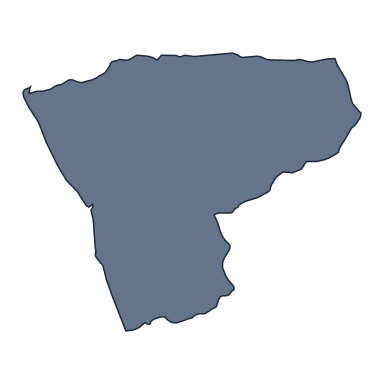 SVG path tracing the border of Zaire
{"feature_id": "AGO-1882", "entity_name": "Zaire", "entity_type": "Province", "adm_level": 1, "iso_a3": "AGO", "parent_name": "Angola", "parent_adm1": "", "projection": "robinson", "projection_center": [13.603, -6.817], "detail": "fine", "context": "isolated", "style": "filled", "palette": "slate", "viewbox_px": 384, "rotation_deg": 0, "n_neighbors": 0, "source": "natural_earth", "source_scale": "10m", "svg_char_len": 3043}
<svg xmlns="http://www.w3.org/2000/svg" viewBox="0 0 384 384"><path d="M232.5,53.1L237.3,54.8L240.3,56.7L242.2,57.5L257.1,56.2L260.0,56.6L267.4,59.6L269.9,59.9L283.0,60.2L294.4,60.5L300.1,59.4L308.0,61.6L311.9,62.1L327.9,58.8L334.9,58.6L337.1,64.7L346.3,80.3L348.0,85.0L351.0,98.7L352.5,103.5L358.5,110.7L361.0,113.1L360.2,117.5L355.6,124.6L354.9,125.3L351.9,127.8L351.3,128.5L345.8,137.9L345.5,138.6L340.5,146.4L339.1,149.6L338.4,152.1L336.6,153.6L328.8,158.0L323.8,159.9L316.3,161.5L306.5,161.5L304.7,164.0L302.0,168.4L301.5,168.8L300.8,169.3L292.7,172.7L291.7,172.8L290.9,172.7L288.7,172.3L287.9,172.2L286.5,172.3L285.7,172.3L284.3,172.1L283.6,172.1L282.9,172.3L282.3,172.5L281.1,173.2L276.0,177.5L274.6,179.6L273.7,181.0L273.5,181.8L273.1,182.4L272.0,183.9L271.5,184.7L271.0,185.9L269.7,190.5L268.6,191.6L257.4,197.7L250.4,199.8L245.2,201.4L241.0,203.6L239.3,204.9L238.9,205.3L238.0,207.0L237.5,207.4L235.5,208.5L234.8,209.1L234.3,209.7L233.6,210.9L232.2,212.4L231.2,212.8L229.6,213.0L222.9,213.0L221.6,212.8L220.9,212.8L219.8,212.9L216.5,213.6L214.1,215.1L217.7,222.9L221.0,233.6L223.2,237.7L225.9,241.1L228.3,243.3L230.0,245.9L229.8,249.0L223.8,259.0L222.6,262.8L222.6,267.8L226.1,276.5L228.1,279.8L232.5,284.7L233.9,287.0L234.0,288.6L234.1,289.2L233.6,290.2L232.1,290.7L231.3,291.9L229.3,294.4L228.6,294.9L227.8,295.3L226.2,295.8L223.6,295.7L222.9,295.8L220.3,296.8L219.0,298.8L216.5,306.3L215.6,307.2L214.5,307.9L211.5,309.3L210.9,309.7L210.4,310.2L209.4,311.0L207.6,311.9L207.1,312.2L206.6,312.6L206.1,313.1L205.2,313.5L204.0,313.8L199.7,313.8L198.0,314.0L195.5,315.0L194.3,315.8L193.5,316.4L192.6,317.4L191.7,317.8L177.3,322.6L175.8,322.8L172.8,322.7L171.4,322.3L170.4,321.9L169.9,321.5L168.2,320.4L167.7,320.0L165.5,317.6L164.3,317.0L163.3,316.8L162.0,316.8L157.2,318.0L154.3,319.1L152.8,319.9L151.3,321.1L150.8,321.9L150.5,322.5L150.4,323.1L150.2,323.7L149.7,324.1L148.9,324.3L147.7,324.1L147.0,323.9L146.4,323.5L145.6,323.0L145.1,322.8L144.6,322.9L141.3,325.6L140.6,326.4L139.6,327.2L138.4,327.9L136.1,329.0L132.9,330.0L126.8,330.8L126.1,330.9L125.9,330.9L112.4,296.4L106.5,280.1L103.0,265.7L99.5,261.6L97.7,259.2L95.3,255.9L95.9,251.0L95.2,247.2L93.2,218.9L91.9,214.5L91.6,212.2L91.4,211.5L91.1,211.0L90.9,210.5L91.2,209.8L92.1,208.7L92.4,207.9L92.7,206.5L93.1,206.0L93.2,205.5L92.6,204.4L88.9,207.1L86.4,205.9L77.3,191.6L66.4,180.3L57.7,165.7L46.1,142.0L41.5,129.9L38.2,121.8L34.8,116.6L31.8,111.8L28.6,107.0L23.6,96.7L23.0,92.0L25.0,89.4L27.8,88.5L30.4,86.8L29.6,89.0L29.3,93.1L32.1,92.8L36.5,91.3L42.9,91.2L50.9,89.1L54.8,86.3L57.5,85.2L61.4,84.6L67.9,80.5L69.5,79.8L72.6,79.9L75.2,81.0L78.4,82.1L81.7,82.7L85.3,81.6L91.1,80.2L96.6,78.0L99.3,75.8L104.9,73.0L107.3,69.4L109.8,65.9L110.6,63.3L112.2,61.6L115.4,60.8L117.8,60.5L119.8,59.4L122.0,59.7L126.6,60.2L128.1,60.0L130.2,59.1L135.3,56.0L137.1,55.2L147.8,56.2L153.1,57.7L157.0,60.1L158.4,58.9L160.9,55.8L161.8,55.2L165.9,55.3L175.9,55.5L179.6,56.8L181.1,56.7L183.4,55.6L184.6,55.3L194.5,56.5L215.3,54.6L232.5,53.1Z" fill="#64748b" stroke="#1e293b" stroke-width="1.5"/></svg>